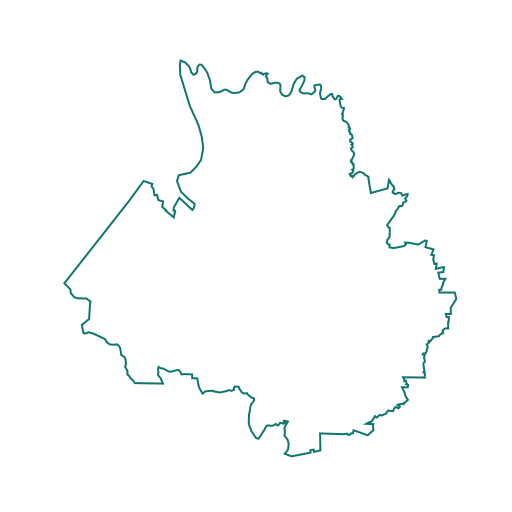 outline of Gutiérrez Zamora, Veracruz, Mexico, rotated 263°
{"feature_id": "50627088B23583227090437", "entity_name": "Gutiérrez Zamora", "entity_type": "district", "adm_level": 2, "iso_a3": "MEX", "parent_name": "Mexico", "parent_adm1": "Veracruz", "projection": "mercator", "projection_center": [-97.115, 20.451], "detail": "fine", "context": "isolated", "style": "outline", "palette": "teal", "viewbox_px": 512, "rotation_deg": 263, "n_neighbors": 0, "source": "geoboundaries", "source_scale": "gbopen_adm2", "svg_char_len": 6059}
<svg xmlns="http://www.w3.org/2000/svg" viewBox="0 0 512 512"><g transform="rotate(263 256 256)"><path d="M166.6,438.9L171.8,440.1L172.1,437.7L175.4,437.4L174.7,442.3L181.0,443.0L188.8,449.5L192.7,449.2L195.5,448.8L197.4,433.5L200.2,433.8L200.0,435.6L202.7,436.7L205.5,438.4L206.3,438.3L210.3,441.1L210.9,435.6L217.3,434.9L217.2,440.0L222.0,441.2L222.1,439.5L221.3,432.9L226.4,434.4L226.4,432.1L230.9,431.5L235.1,432.7L235.8,430.2L240.9,433.0L244.1,425.3L250.1,427.3L250.8,425.9L247.6,418.3L250.5,409.6L251.1,405.6L249.1,406.2L247.8,404.0L247.0,393.2L247.4,392.8L248.2,389.6L251.0,390.0L250.9,389.5L251.6,388.6L253.4,387.4L256.4,388.6L258.7,391.0L267.7,392.2L268.0,391.0L270.7,389.9L278.9,397.5L282.1,399.7L283.4,400.0L285.0,402.0L287.8,403.9L288.0,404.4L287.7,404.8L288.2,405.3L287.8,406.7L288.6,407.7L291.0,408.5L291.3,410.1L292.5,412.0L295.0,411.0L297.2,413.6L299.0,414.0L298.8,411.5L298.0,408.9L300.7,407.7L301.4,405.0L300.5,401.8L300.9,400.9L301.5,400.7L302.0,399.5L302.8,399.3L304.6,400.5L304.8,401.1L306.0,401.6L306.4,401.1L308.2,401.3L309.3,399.9L309.8,400.0L312.0,398.6L313.8,398.2L315.4,397.3L307.1,394.8L304.5,377.7L319.7,377.0L320.4,377.4L321.8,376.3L323.0,374.3L325.4,372.5L326.9,369.3L326.5,367.4L325.3,364.5L321.5,360.9L323.2,362.2L323.8,362.1L324.0,360.8L323.7,359.9L324.6,359.4L326.0,359.0L326.8,361.8L329.1,363.1L330.1,362.1L330.3,363.2L331.2,363.7L334.9,364.0L335.1,363.2L336.2,363.5L337.6,361.8L338.3,362.5L339.5,361.9L340.0,362.8L343.8,365.3L345.7,366.0L347.2,365.4L349.5,363.6L351.4,363.4L351.5,364.3L352.6,365.4L354.8,364.4L355.1,365.5L356.0,365.8L357.7,364.2L358.0,363.5L360.1,363.7L361.2,366.3L364.5,365.9L365.2,365.2L365.5,364.3L367.1,364.6L368.1,363.6L369.6,364.3L370.2,363.6L371.3,364.9L372.6,363.6L373.6,364.3L374.9,363.9L376.2,363.3L378.5,361.5L379.5,359.2L381.1,358.7L382.9,358.7L384.6,359.5L386.6,358.6L386.9,359.5L388.7,359.8L390.3,360.8L392.2,361.3L392.5,359.7L393.9,358.3L400.1,357.9L401.3,358.2L401.8,359.6L401.6,360.3L403.0,359.6L404.7,358.2L404.9,356.7L402.0,354.6L401.8,353.2L405.6,351.3L407.5,351.3L407.7,350.1L404.6,344.9L403.4,343.6L403.6,340.9L404.4,339.8L409.8,339.3L413.8,341.0L416.8,341.3L418.2,340.6L418.5,339.6L418.3,335.3L417.5,334.5L413.1,335.1L412.0,334.3L409.7,330.9L411.4,326.8L411.4,323.5L412.4,321.2L413.7,319.8L415.0,319.3L416.7,320.0L416.9,320.6L423.7,325.1L425.2,325.6L427.4,326.0L429.4,324.1L427.1,318.2L422.4,314.5L416.2,311.8L412.8,309.6L411.6,308.2L411.0,306.7L411.0,304.3L412.9,301.6L415.8,300.3L417.6,300.2L422.1,301.1L424.3,300.5L425.4,298.4L425.6,296.0L425.1,291.6L427.0,288.9L431.5,288.7L433.1,287.6L435.6,289.8L436.1,288.6L435.9,286.0L435.1,285.3L436.3,283.9L436.9,283.8L436.6,283.3L438.1,281.0L438.6,280.9L438.8,278.6L438.3,276.4L437.5,275.0L433.5,270.5L431.5,268.8L428.4,266.6L423.0,264.0L420.4,259.4L420.3,255.3L421.0,251.8L424.6,246.9L425.0,244.8L423.8,242.3L423.1,238.9L423.4,235.1L427.4,232.0L436.1,231.7L443.7,230.0L447.6,228.3L452.4,225.3L452.9,223.4L451.8,221.7L449.6,220.6L446.1,220.2L444.2,218.5L443.5,216.1L446.2,214.0L448.5,213.8L452.3,212.7L456.8,209.2L459.2,205.0L455.7,203.8L445.2,202.9L413.1,208.6L392.8,214.9L380.8,216.7L369.6,216.8L358.1,213.2L351.8,207.6L346.7,201.1L345.6,189.3L340.1,186.7L328.9,189.4L321.8,195.0L315.3,201.4L313.5,201.1L311.6,200.3L309.5,198.7L310.1,197.9L323.1,187.0L314.3,180.4L311.2,179.6L310.9,181.1L310.3,181.3L304.3,179.1L311.9,172.0L312.4,172.4L316.1,168.9L321.5,170.4L323.4,165.9L328.8,165.2L328.6,162.7L335.0,162.4L337.8,160.8L340.1,161.9L344.1,153.6L325.2,135.8L252.3,62.5L245.5,67.7L241.3,67.7L239.8,69.1L237.4,70.4L235.9,73.4L235.5,75.0L234.5,82.5L230.8,86.2L228.6,85.4L213.8,82.7L208.9,74.7L200.7,75.3L200.1,76.4L199.9,78.1L200.7,80.3L199.0,84.8L192.1,95.8L188.8,97.4L187.0,99.0L185.8,100.8L185.2,104.2L185.3,107.0L183.6,109.0L181.4,109.9L175.6,110.3L174.3,110.1L171.9,113.0L170.0,113.8L164.7,113.9L162.7,112.8L161.9,112.7L157.5,114.4L154.1,113.9L152.9,115.2L149.9,116.7L147.3,118.9L144.6,120.3L140.7,148.1L146.6,146.3L148.3,145.0L150.6,144.2L152.1,145.0L155.4,144.9L157.7,145.8L156.1,147.9L155.6,150.2L152.0,155.3L151.5,158.1L152.0,160.0L152.4,165.4L149.9,166.9L147.6,167.6L147.5,170.4L146.3,178.2L142.5,177.8L141.7,182.8L134.2,183.2L131.5,183.8L125.9,186.2L127.7,188.8L127.8,192.1L127.6,196.2L126.7,197.8L124.9,203.7L125.5,209.9L126.1,212.7L125.2,215.4L125.9,217.8L128.0,218.0L129.0,219.0L128.5,222.2L127.7,223.1L126.3,223.3L122.5,225.2L120.9,227.4L120.9,230.4L119.6,230.9L118.6,231.7L115.9,234.5L115.3,236.3L113.9,236.6L113.1,236.6L109.1,233.0L106.5,231.9L102.0,230.7L99.8,229.8L91.7,228.5L88.4,228.7L82.7,230.1L75.3,233.9L74.3,236.2L82.5,243.2L85.4,245.1L86.1,246.0L86.4,247.3L85.5,251.0L85.7,252.6L86.9,255.1L85.1,256.9L85.1,257.4L87.6,259.7L86.2,262.9L86.3,263.7L87.2,264.5L87.9,264.2L88.2,263.5L89.0,263.5L88.8,265.2L87.7,267.4L82.1,263.3L77.9,263.3L74.1,262.4L70.3,264.8L66.3,265.5L63.9,265.2L60.1,264.2L57.8,262.3L56.3,260.4L52.8,266.9L54.2,286.2L56.5,286.2L56.8,289.6L54.5,289.6L55.2,296.2L72.1,298.0L68.6,320.2L68.6,324.6L67.6,325.1L67.6,325.7L67.2,326.0L67.1,327.2L68.3,328.5L68.2,330.6L71.1,331.6L64.5,345.0L68.8,351.3L73.5,351.4L74.8,352.0L76.0,345.0L77.1,347.7L77.4,350.0L79.6,352.4L82.5,354.5L81.0,356.0L81.3,357.1L82.4,357.9L83.2,359.7L82.5,360.7L82.5,362.3L83.0,362.8L83.7,365.9L85.2,366.8L85.8,368.1L86.6,368.5L85.7,370.7L85.4,373.2L87.9,374.7L89.1,375.9L88.5,377.5L87.4,378.6L88.5,380.3L89.5,380.2L90.9,378.3L91.4,379.5L91.3,383.1L91.8,384.3L91.2,384.6L90.6,384.1L91.1,384.8L91.8,385.1L94.7,389.3L98.5,387.4L102.3,386.8L108.0,384.9L107.2,390.6L109.4,391.4L110.4,389.4L111.0,390.1L113.8,389.5L113.7,388.1L114.4,388.6L117.7,387.2L114.8,408.7L115.5,408.4L117.0,409.2L119.8,409.2L119.9,408.1L120.7,408.3L120.8,409.2L128.1,408.9L129.0,409.1L130.9,410.9L134.7,410.4L137.6,411.4L138.0,409.6L138.9,410.3L138.7,412.4L140.5,413.7L142.7,414.2L144.7,415.4L147.2,414.7L147.1,415.2L148.9,416.3L149.0,417.2L150.7,417.1L150.3,418.7L153.4,421.9L154.0,421.9L154.1,427.7L155.4,428.9L156.7,432.2L157.6,431.8L158.0,432.3L159.6,432.4L161.1,435.0L160.7,438.0L166.6,438.5L166.6,438.9Z" fill="none" stroke="#0f766e" stroke-width="2"/></g></svg>